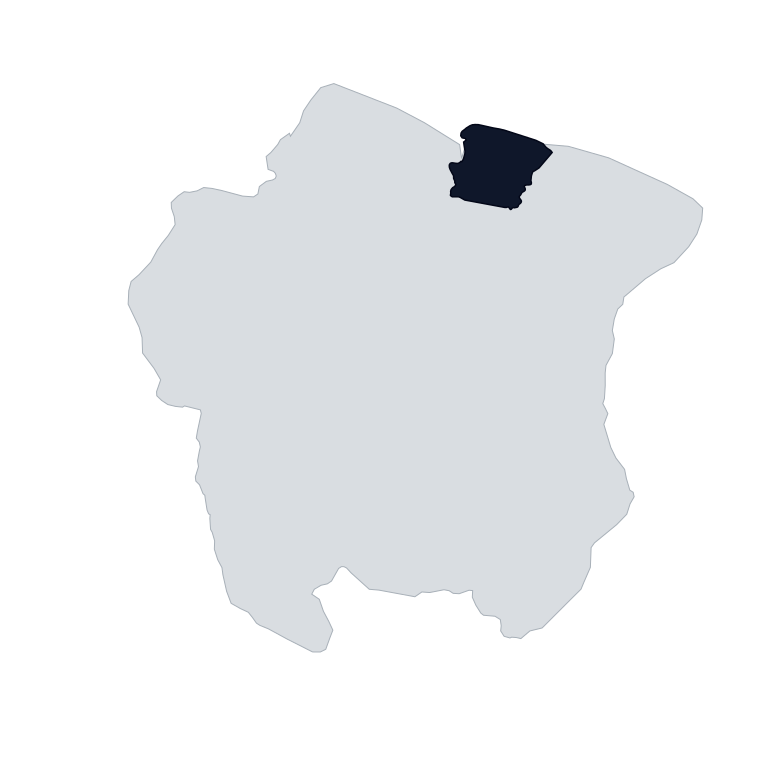 location of Saramacca within Suriname, rotated 15°
{"feature_id": "SUR-73", "entity_name": "Saramacca", "entity_type": "District", "adm_level": 1, "iso_a3": "SUR", "parent_name": "Suriname", "parent_adm1": "", "projection": "mercator", "projection_center": [-55.645, 5.696], "detail": "fine", "context": "in_parent", "style": "filled", "palette": "ink", "viewbox_px": 768, "rotation_deg": 15, "n_neighbors": 0, "source": "natural_earth", "source_scale": "10m", "svg_char_len": 3808}
<svg xmlns="http://www.w3.org/2000/svg" viewBox="0 0 768 768"><g transform="rotate(15 384 384)"><path d="M632.7,191.7L621.5,201.1L609.3,214.6L593.2,237.9L594.0,245.2L590.4,251.1L589.6,261.6L590.7,273.2L594.8,280.9L596.7,295.5L593.6,308.6L594.8,316.2L598.1,328.3L600.7,341.1L600.4,346.3L604.3,350.5L607.9,354.7L606.8,366.1L619.5,386.6L627.2,395.5L638.5,404.2L642.6,412.6L648.9,422.9L652.7,424.1L654.8,428.2L652.7,436.1L652.2,447.0L645.1,459.7L628.4,483.0L626.4,488.4L630.8,507.7L628.4,523.6L627.4,531.2L619.3,545.1L599.9,578.7L588.8,584.8L582.1,594.5L577.8,594.6L572.9,595.5L571.4,596.7L565.3,596.6L560.6,592.3L559.8,587.2L557.3,581.4L551.3,579.6L540.0,581.6L536.8,580.2L530.0,573.9L524.5,567.1L523.1,560.6L519.5,561.2L510.9,567.1L505.0,568.3L500.4,566.8L495.2,567.2L482.1,573.6L474.4,575.1L468.9,581.5L432.4,584.4L422.9,586.1L401.2,575.0L395.5,571.4L392.7,570.8L390.2,571.4L387.9,573.9L384.3,587.9L381.0,591.7L375.3,594.7L369.8,600.3L368.6,605.7L377.2,608.7L384.3,619.2L392.1,627.6L398.3,635.0L397.4,643.4L396.4,655.3L391.9,659.3L384.3,661.3L356.7,655.5L335.6,650.4L326.7,649.3L322.7,648.0L317.4,643.6L312.0,639.6L303.4,638.1L293.1,635.4L285.6,624.9L277.8,610.0L275.0,603.3L268.9,596.8L262.9,587.5L261.0,579.3L256.5,571.8L254.1,569.3L250.6,559.0L249.9,555.2L248.2,554.8L245.7,551.5L240.8,540.5L239.7,537.8L237.6,536.8L231.9,529.1L227.4,526.5L225.8,522.5L226.2,511.8L223.8,506.5L223.0,496.4L222.9,492.3L220.6,487.9L216.7,484.9L216.0,477.7L215.1,459.7L213.3,456.5L197.0,456.8L195.4,458.5L188.4,459.6L180.5,459.8L173.4,457.4L167.6,454.2L166.3,450.3L167.2,437.8L157.8,428.4L142.8,416.6L138.3,401.8L132.8,392.5L116.2,373.1L113.3,359.8L113.2,350.4L119.1,341.8L127.2,326.6L130.5,312.8L133.0,305.7L137.2,296.3L141.0,284.1L138.1,276.6L133.2,269.2L131.5,263.7L136.3,255.7L141.2,250.0L146.6,249.2L153.5,245.8L159.0,240.9L167.3,239.6L177.7,239.1L198.8,239.1L209.6,237.0L213.0,233.1L212.5,225.5L217.9,218.7L223.5,215.8L225.8,213.6L226.1,211.0L224.6,208.7L222.4,207.2L216.5,206.7L211.3,194.8L214.8,189.7L219.4,180.1L220.7,174.8L227.8,166.3L229.5,168.9L235.0,153.5L235.6,141.0L239.8,128.7L246.2,114.1L257.8,106.8L324.9,114.2L355.6,121.2L395.1,133.2L400.6,146.1L400.9,133.2L399.0,120.2L409.9,111.0L433.9,107.7L469.7,112.2L500.5,106.7L542.4,107.4L606.0,117.9L634.5,125.1L646.3,131.6L648.5,143.3L647.4,158.2L642.8,172.5L632.7,191.7Z" fill="#d9dde1" stroke="#a8b0b8" stroke-width="1"/><path d="M400.7,149.1L401.6,149.1L402.3,147.0L402.5,144.9L402.5,140.4L402.0,138.1L399.7,133.0L398.3,129.7L400.3,127.0L399.0,125.8L397.4,125.9L395.8,126.0L393.9,124.4L393.5,121.7L394.1,119.7L396.3,116.9L397.2,115.5L398.9,113.7L400.2,112.3L402.2,110.8L404.6,109.9L407.7,109.1L411.0,108.9L423.1,108.4L429.8,107.8L435.3,107.7L467.6,109.3L475.5,110.8L479.2,113.4L481.3,114.3L484.2,115.2L485.1,115.7L486.5,116.8L486.4,117.1L477.8,135.2L474.1,139.3L473.0,140.1L472.6,141.6L472.5,144.8L473.3,149.7L474.1,151.0L474.4,151.9L474.4,152.9L473.7,153.6L472.4,154.2L470.2,154.8L468.6,155.9L468.3,156.8L468.8,157.5L469.5,158.3L470.0,159.1L470.2,160.1L469.8,161.1L469.0,162.0L467.9,163.0L467.5,163.9L467.1,165.8L466.2,167.6L466.3,168.5L466.8,169.4L468.8,171.0L469.4,171.8L469.5,172.7L469.3,173.6L468.7,174.6L468.0,175.4L467.7,176.2L467.5,177.9L467.1,178.6L466.1,179.2L464.2,180.1L463.0,180.1L462.3,180.9L462.0,181.7L461.6,182.4L460.9,182.7L459.9,182.0L459.2,181.3L458.4,180.8L457.3,181.2L456.5,181.8L454.9,182.2L414.4,185.4L409.1,184.0L407.5,183.9L401.5,185.5L400.3,185.2L399.3,184.5L399.1,182.3L398.5,180.7L398.5,178.8L399.5,176.6L400.8,175.3L401.6,173.9L401.7,172.6L400.3,171.2L399.8,169.5L398.1,167.5L397.3,164.9L396.3,163.8L395.8,163.4L392.3,159.6L391.2,158.0L390.8,157.0L390.5,156.1L390.4,155.2L390.7,154.2L391.0,153.6L391.8,153.0L392.9,152.6L396.6,152.2L398.6,151.7L400.4,149.8L400.7,149.1Z" fill="#0f172a" stroke="#020617" stroke-width="1.5"/></g></svg>